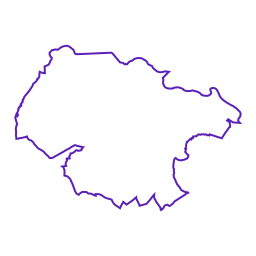 Garleni, Bacau, Romania
{"feature_id": "2599482B15530605072103", "entity_name": "Garleni", "entity_type": "district", "adm_level": 2, "iso_a3": "ROU", "parent_name": "Romania", "parent_adm1": "Bacau", "projection": "robinson", "projection_center": [26.781, 46.656], "detail": "fine", "context": "isolated", "style": "outline", "palette": "violet", "viewbox_px": 256, "rotation_deg": 0, "n_neighbors": 0, "source": "geoboundaries", "source_scale": "gbopen_adm2", "svg_char_len": 5715}
<svg xmlns="http://www.w3.org/2000/svg" viewBox="0 0 256 256"><path d="M239.8,122.9L238.7,121.7L238.2,120.5L238.5,118.7L239.8,117.1L240.4,115.8L240.6,113.6L240.1,112.1L238.6,110.5L236.3,108.4L233.2,106.1L230.2,104.6L227.1,102.8L223.8,100.5L221.8,98.8L221.2,98.2L219.7,95.9L219.1,94.3L217.8,91.6L216.7,89.5L215.6,88.7L214.4,88.1L213.3,87.9L212.0,88.1L210.8,88.5L210.3,89.2L210.3,89.9L210.4,90.5L211.1,91.9L211.2,93.0L210.7,93.9L209.8,94.8L208.4,95.6L206.8,95.9L204.9,95.7L202.9,95.4L201.6,94.9L200.9,94.0L200.0,93.2L198.3,92.1L197.0,91.6L192.4,90.4L190.7,90.9L187.5,91.1L186.5,91.0L184.4,90.4L183.8,90.0L183.0,89.1L181.9,88.5L180.0,87.8L178.1,87.3L176.3,87.4L174.6,87.6L173.7,87.9L173.0,88.4L172.2,88.5L170.3,88.6L167.9,88.4L166.3,87.9L165.2,87.2L164.5,86.4L163.8,85.3L163.6,84.5L163.1,83.6L163.1,81.2L163.4,79.7L162.8,77.9L168.9,71.8L165.4,71.4L164.3,71.5L163.2,71.9L160.1,72.3L157.5,71.6L155.8,70.5L155.2,69.8L154.1,69.0L153.2,68.2L152.6,67.4L152.6,66.8L152.4,66.4L151.5,65.8L149.4,64.9L148.0,64.0L147.8,63.7L146.9,61.8L146.6,61.4L146.0,60.9L145.3,60.3L144.1,59.7L142.7,58.9L141.8,58.4L140.4,58.0L139.4,58.1L137.8,58.0L134.4,58.9L133.7,59.3L132.7,60.4L131.9,60.6L131.4,61.0L130.3,61.2L128.7,62.2L127.2,64.3L125.7,64.0L125.4,64.3L124.4,64.2L123.8,63.5L123.1,62.9L120.0,62.4L112.9,53.9L112.2,53.2L111.8,52.9L111.2,52.7L76.9,54.2L76.0,54.1L75.3,53.7L74.8,53.2L73.5,49.9L69.9,47.0L69.1,46.5L67.3,45.9L65.2,45.9L63.6,46.3L62.3,46.7L59.8,48.2L58.5,49.3L58.0,49.5L57.7,49.8L55.5,49.4L53.2,50.0L52.0,50.1L51.6,50.6L49.6,52.8L49.6,54.3L50.0,55.6L50.7,56.7L51.7,57.7L51.8,58.0L51.8,58.6L51.6,59.1L50.5,60.7L50.1,61.6L49.9,62.4L49.0,64.0L48.5,64.7L46.3,65.8L45.6,66.2L45.1,66.5L44.6,66.5L44.9,73.2L43.4,73.1L41.7,72.6L39.7,71.8L39.3,75.1L39.3,76.7L37.7,79.2L37.3,79.0L36.7,80.6L35.7,81.9L33.2,83.8L33.0,84.2L32.6,85.7L32.4,86.1L28.7,91.6L28.1,92.3L27.8,92.4L27.6,93.0L26.1,94.6L24.3,96.9L23.9,97.9L23.4,99.3L23.1,99.4L22.8,99.7L23.0,99.9L22.9,100.5L22.3,101.7L22.6,101.9L22.5,102.2L21.7,103.0L21.4,103.5L20.7,104.1L20.9,104.5L20.8,105.0L21.0,105.1L20.3,105.6L19.7,106.5L20.2,106.6L19.5,107.1L19.3,107.7L18.5,108.2L18.5,108.8L18.3,109.2L18.2,109.4L18.3,109.8L18.5,110.1L17.8,111.3L17.5,112.4L16.8,113.2L16.4,114.2L17.9,114.5L18.0,114.6L17.3,116.4L15.7,116.2L15.6,116.6L15.4,116.8L15.4,118.1L16.0,120.4L16.4,121.5L16.7,122.7L17.2,123.9L16.9,124.7L16.7,124.9L16.4,125.7L16.5,126.1L15.9,127.9L15.9,129.5L16.2,132.4L15.9,134.1L16.1,136.2L16.4,138.9L17.8,138.7L19.2,138.3L22.1,137.8L24.2,137.3L27.0,136.5L27.2,137.3L27.5,138.0L28.3,139.2L29.8,140.1L31.0,140.4L31.3,140.6L31.8,141.1L33.3,142.2L33.9,143.6L34.2,144.0L34.5,144.5L36.1,145.9L37.5,147.7L38.3,148.4L39.3,149.0L40.0,149.3L43.5,151.5L46.0,154.3L47.4,155.5L48.3,156.3L49.2,157.6L49.7,158.0L51.8,158.1L53.7,157.2L55.7,156.0L57.5,155.1L60.1,153.5L60.8,153.2L61.9,152.6L67.0,149.6L68.0,149.2L71.9,146.7L74.5,145.3L75.0,145.1L77.0,145.8L79.3,146.3L82.9,147.1L82.6,147.3L82.5,147.6L82.4,148.4L81.6,149.0L81.5,149.3L81.6,149.6L81.5,149.9L80.8,150.2L80.4,150.5L78.2,150.8L77.9,150.7L76.9,150.2L76.1,150.3L73.9,152.3L72.3,153.1L71.7,153.3L70.6,153.4L70.5,153.5L70.3,155.0L69.9,155.5L69.5,155.8L69.3,156.1L69.3,156.8L69.4,157.3L69.8,158.3L69.7,158.5L69.3,158.6L67.8,158.4L67.0,158.4L66.6,158.7L66.6,159.1L67.1,159.9L67.1,160.2L65.9,162.5L65.7,163.2L65.8,164.4L65.7,165.5L66.0,165.9L62.3,166.5L63.6,167.5L63.8,168.0L64.0,168.9L64.4,169.6L64.5,170.6L64.5,173.3L64.4,175.6L66.8,176.1L68.1,177.0L70.1,178.9L70.9,180.5L71.1,181.5L71.4,181.7L72.2,183.3L72.8,184.9L73.1,185.5L73.9,188.1L74.3,188.8L74.7,190.3L75.2,191.4L75.5,191.8L75.7,192.2L75.9,192.7L77.0,194.0L77.8,194.4L78.9,194.7L79.5,193.7L82.0,192.1L82.8,191.9L83.5,191.9L86.5,192.1L87.4,192.6L87.8,193.2L88.2,193.5L89.6,193.5L91.3,193.8L94.2,195.2L95.7,195.7L95.5,194.1L98.2,194.1L99.8,194.4L101.7,195.3L104.0,196.9L105.9,198.0L111.6,199.6L112.7,201.8L113.6,203.3L114.6,204.5L120.0,208.2L121.0,206.0L121.7,204.6L122.6,203.2L123.2,201.9L126.5,204.6L132.3,200.6L136.2,197.3L136.2,198.3L136.4,198.9L139.2,204.5L139.6,205.8L143.3,204.7L146.4,203.9L150.1,199.7L153.5,195.3L154.2,194.6L154.1,195.3L154.1,196.4L154.4,198.5L155.0,199.5L155.5,200.0L155.6,200.6L155.8,201.2L160.9,208.3L160.9,208.6L160.5,208.9L160.5,209.2L161.1,210.1L162.7,208.8L163.2,208.2L163.7,207.6L164.2,206.3L164.6,205.7L166.1,205.0L167.5,204.7L169.1,205.9L169.8,206.0L170.4,205.5L172.0,204.3L173.3,203.1L174.4,201.6L175.0,201.1L185.0,194.7L186.2,193.6L188.2,192.8L188.0,192.5L187.5,192.3L186.7,192.3L184.7,191.8L183.0,191.0L181.7,190.3L180.9,189.6L180.4,188.7L179.5,187.0L178.6,186.3L178.2,185.5L177.4,184.6L177.1,184.3L176.9,183.6L176.5,183.0L175.9,181.6L175.6,181.1L175.5,180.4L174.4,178.3L174.2,177.9L174.2,177.5L173.8,176.8L173.6,175.2L173.7,174.4L174.1,173.6L174.2,172.8L174.1,172.3L173.8,171.5L173.8,170.3L173.9,170.0L174.1,169.7L174.1,169.1L174.0,168.9L173.9,168.8L173.5,168.2L173.3,167.7L173.3,167.4L173.4,164.3L173.7,163.2L173.7,162.4L173.9,161.3L174.3,159.4L174.9,158.5L175.7,158.0L176.5,158.8L177.7,159.6L179.6,160.2L180.8,160.4L184.2,159.7L186.0,158.9L187.1,158.5L187.8,157.3L188.2,156.6L188.4,155.2L187.9,155.0L185.2,151.9L185.6,151.2L185.6,150.1L185.8,149.2L185.7,149.0L185.7,148.8L186.1,148.6L185.9,148.3L185.4,148.3L185.9,147.4L186.3,143.8L186.9,142.4L186.9,141.9L187.9,141.4L190.4,138.9L191.0,138.8L191.4,139.2L191.7,138.1L192.7,138.2L193.0,138.0L193.1,136.5L195.8,136.3L196.0,136.1L196.7,136.1L197.2,135.3L198.5,134.4L200.5,134.8L201.7,134.2L202.8,134.4L203.7,134.3L204.6,134.7L205.7,134.3L206.7,134.8L207.2,135.3L208.5,135.0L209.3,135.4L209.7,134.4L221.8,138.3L222.2,137.4L222.8,136.7L225.1,133.1L229.3,127.3L230.0,127.0L230.1,125.8L229.6,122.0L227.1,120.6L228.2,119.3L233.1,122.4L239.8,122.9Z" fill="none" stroke="#5b21b6" stroke-width="2"/></svg>